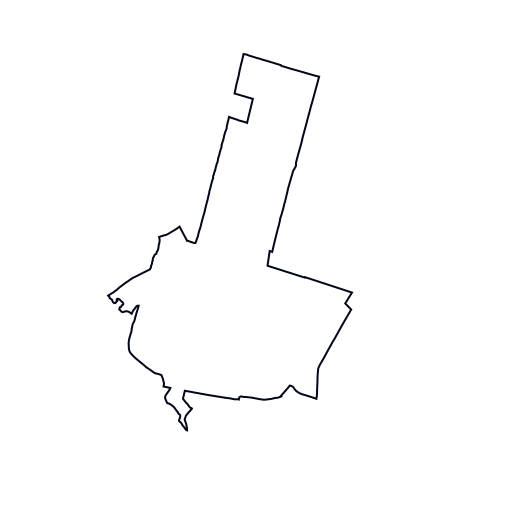 Soparlita, Olt, Romania, rotated 39°
{"feature_id": "2599482B59738251160251", "entity_name": "Soparlita", "entity_type": "district", "adm_level": 2, "iso_a3": "ROU", "parent_name": "Romania", "parent_adm1": "Olt", "projection": "equal_earth", "projection_center": [24.267, 44.29], "detail": "fine", "context": "isolated", "style": "outline", "palette": "ink", "viewbox_px": 512, "rotation_deg": 39, "n_neighbors": 0, "source": "geoboundaries", "source_scale": "gbopen_adm2", "svg_char_len": 6154}
<svg xmlns="http://www.w3.org/2000/svg" viewBox="0 0 512 512"><g transform="rotate(39 256 256)"><path d="M369.3,271.8L366.2,254.1L363.9,239.2L363.7,237.7L355.2,236.7L353.6,224.0L308.7,241.1L307.3,241.7L307.5,242.1L271.4,256.2L271.1,256.3L270.8,255.9L269.6,253.8L263.5,243.5L266.0,242.6L265.2,240.9L262.5,235.4L258.7,227.3L255.3,219.9L255.1,219.3L254.6,218.1L252.9,214.7L252.0,212.8L251.4,212.1L249.7,207.6L247.2,201.7L246.4,200.1L245.5,198.3L244.6,196.2L244.3,195.4L239.9,186.2L238.6,183.7L231.4,166.7L231.1,165.6L231.2,165.4L231.1,164.7L230.6,161.9L230.1,160.3L229.8,160.0L229.3,159.7L228.3,158.3L228.2,158.0L225.9,152.9L222.3,144.6L220.5,140.4L219.0,137.2L218.9,136.7L218.6,136.6L216.8,132.6L215.8,130.3L211.9,121.5L209.9,117.2L207.5,111.7L204.5,105.1L204.0,103.9L202.2,99.6L192.2,76.9L188.4,78.7L166.7,87.9L165.7,88.4L162.3,89.7L156.1,92.3L155.3,92.0L140.0,98.2L138.6,98.9L136.8,99.6L135.1,100.2L131.3,101.9L128.9,102.8L125.0,104.4L123.0,105.1L122.3,105.2L119.2,106.9L119.9,108.2L121.0,110.5L122.8,114.2L123.8,116.6L125.9,120.7L126.5,122.1L129.1,126.9L129.9,128.6L130.6,130.1L131.0,131.2L131.5,131.9L131.7,132.4L131.8,132.7L131.9,133.1L137.1,143.2L154.7,135.9L165.3,158.2L164.1,158.5L162.2,159.3L159.9,160.3L157.2,161.5L155.8,161.8L154.5,162.4L153.3,162.8L151.2,163.6L150.4,163.9L148.4,164.6L147.5,164.8L147.9,165.7L148.5,166.8L149.7,169.5L150.5,171.1L151.0,172.1L151.3,172.8L151.8,173.8L152.9,175.3L153.1,175.9L153.2,176.5L153.6,177.5L153.9,178.6L154.5,180.1L155.1,181.4L155.6,182.7L156.0,183.4L156.2,183.9L156.5,184.4L156.8,184.8L157.1,185.5L157.3,186.2L157.7,186.7L157.8,187.2L157.9,187.7L158.4,188.9L158.8,189.8L159.1,190.4L159.3,191.1L159.5,191.6L159.8,192.1L160.3,192.5L160.6,193.1L161.0,193.7L161.1,194.3L161.3,194.9L161.7,195.9L162.8,198.5L163.4,199.8L163.8,200.5L164.2,201.5L164.5,202.5L165.2,204.1L166.3,205.9L166.7,206.7L167.0,207.4L167.2,208.1L167.4,208.8L167.7,209.6L168.0,210.3L168.4,211.2L168.8,212.0L169.0,212.7L169.4,213.2L169.7,213.9L170.0,214.5L170.2,215.0L170.7,216.2L170.8,216.8L171.3,218.0L171.7,218.6L172.0,219.3L172.3,220.6L172.7,221.4L173.0,221.8L173.5,222.1L174.0,223.1L174.2,224.2L175.1,226.2L176.3,228.9L177.2,230.9L178.0,232.4L178.4,233.4L178.7,234.4L179.2,235.2L179.8,236.2L180.4,237.4L181.1,239.0L181.8,240.4L183.1,243.0L183.7,244.3L184.2,245.6L184.8,246.8L185.5,248.5L186.2,249.7L186.4,250.2L186.6,250.8L187.6,252.7L188.1,253.8L189.1,256.0L190.3,258.9L191.0,260.6L191.7,262.2L192.6,264.1L194.6,268.4L195.3,270.1L195.7,271.2L196.2,272.7L196.6,273.5L196.9,274.2L197.5,275.3L197.9,276.3L198.6,277.6L198.9,278.7L199.1,279.4L199.5,280.5L200.2,282.1L200.6,283.7L200.7,284.1L199.8,284.8L197.7,285.6L195.3,286.5L194.0,286.9L193.3,287.1L192.9,287.6L189.2,286.0L178.1,281.3L177.2,284.7L176.2,287.7L175.6,289.2L174.8,291.5L174.4,292.6L173.8,294.2L173.3,295.2L172.9,296.0L172.6,296.6L172.0,297.2L168.7,302.2L170.0,303.3L170.7,303.8L171.4,304.7L172.0,305.5L172.5,306.6L172.9,307.1L173.1,307.7L173.3,308.3L173.7,308.9L174.2,309.8L174.8,310.6L175.2,311.4L175.6,312.1L176.0,313.1L176.1,313.9L176.3,314.6L176.3,315.2L176.5,315.8L176.9,316.5L177.1,317.0L176.9,317.7L176.6,318.5L176.5,319.2L176.8,319.9L177.3,322.6L178.1,323.9L178.8,324.9L179.0,325.8L179.4,326.6L179.9,327.3L180.3,328.5L180.7,329.7L181.1,330.5L181.6,331.2L181.8,331.9L181.8,332.7L182.0,333.1L181.3,334.7L178.7,340.4L175.7,347.1L174.8,349.0L173.8,351.2L173.1,353.5L172.6,355.6L171.5,359.0L170.5,363.0L169.7,366.0L169.3,368.6L169.2,369.8L168.6,371.6L168.1,374.0L167.2,376.2L166.8,377.7L166.0,379.8L168.1,380.2L169.0,380.8L171.5,380.6L172.7,381.3L173.8,381.8L175.0,381.9L175.9,381.5L176.4,380.8L176.2,379.5L176.5,378.0L175.4,377.9L175.1,377.6L175.0,377.0L175.2,376.4L175.8,376.0L176.7,375.7L177.9,375.6L179.9,376.0L181.5,375.9L182.8,376.5L183.3,377.3L182.7,379.1L183.2,380.1L183.0,381.0L182.4,381.6L183.4,383.6L184.7,383.6L185.5,383.8L186.7,383.9L187.8,383.5L189.0,381.7L190.2,380.3L192.0,379.5L194.0,379.2L195.7,379.2L195.0,376.3L194.9,374.9L194.8,370.1L195.3,369.0L196.1,368.5L197.2,370.9L198.1,373.2L199.0,375.6L199.7,377.0L200.4,378.8L201.4,381.0L202.3,382.9L202.8,384.9L202.8,385.6L203.1,386.8L203.5,387.4L204.0,388.4L204.8,389.8L205.4,391.1L206.3,392.4L206.9,393.5L207.2,394.5L209.0,398.8L209.8,400.5L210.9,402.4L211.7,403.7L212.6,404.7L214.9,407.3L216.2,408.6L217.5,409.5L218.9,410.2L220.6,410.5L223.3,411.0L228.2,411.3L233.3,411.3L236.9,411.3L240.7,411.5L244.8,411.1L248.1,410.9L249.9,410.9L251.1,410.6L252.5,410.2L253.9,409.3L255.6,408.7L257.4,408.1L260.9,410.0L264.8,413.0L266.3,415.6L272.5,412.4L272.9,414.0L273.1,415.7L273.2,417.5L273.4,419.8L273.5,421.3L274.5,423.4L275.2,423.9L276.4,424.6L278.4,425.6L279.2,426.1L280.0,426.0L280.4,425.9L281.2,425.4L284.1,425.0L287.2,425.0L292.4,426.4L293.3,426.5L294.5,427.1L295.5,427.3L296.6,427.2L297.2,427.4L297.7,427.8L298.4,428.9L299.1,430.6L299.4,431.7L299.7,432.3L300.2,432.7L301.7,432.7L302.7,432.8L304.3,433.3L305.7,433.9L306.7,434.0L310.2,434.9L311.0,435.1L311.8,435.1L312.2,434.9L311.4,433.9L309.6,432.3L307.3,430.4L305.4,429.2L304.0,428.5L303.2,427.5L302.6,425.6L302.1,424.3L302.0,421.1L302.3,415.6L302.1,414.8L301.5,414.8L300.4,415.3L297.9,414.8L295.8,414.1L294.3,414.1L289.9,413.1L289.1,412.9L285.5,405.5L286.5,405.0L291.1,402.4L294.4,400.7L295.5,400.0L300.2,397.5L302.2,396.4L302.3,396.2L303.1,395.9L305.3,394.7L317.7,387.6L322.2,385.0L325.3,383.0L327.6,381.9L329.6,380.8L330.9,379.8L331.3,379.3L332.2,378.7L333.0,378.3L332.4,377.5L332.0,376.2L332.4,375.1L332.8,374.4L334.5,373.7L337.1,371.8L341.9,368.7L344.3,367.4L348.5,365.2L352.7,362.7L357.4,357.9L358.2,356.9L359.2,355.6L359.9,354.7L360.4,354.1L362.1,352.4L362.5,351.9L362.8,351.3L363.8,349.7L364.1,349.1L363.4,348.9L363.7,342.4L363.8,339.6L363.8,337.4L363.8,335.4L364.5,335.0L365.8,334.6L367.1,334.4L367.8,334.5L368.7,334.9L370.2,335.3L371.7,335.5L372.8,335.6L375.5,335.3L376.9,335.0L378.3,334.6L380.3,333.8L382.4,332.9L387.0,331.1L391.8,329.3L392.8,329.0L392.7,328.8L391.3,326.4L390.0,324.5L387.3,321.0L385.0,317.9L383.0,315.2L380.6,312.1L378.1,308.7L375.3,304.5L374.9,303.5L374.5,302.0L374.0,299.7L373.7,297.4L372.9,292.8L372.5,290.4L371.8,286.8L371.1,282.8L369.5,273.9L369.4,273.0L369.3,271.8Z" fill="none" stroke="#020617" stroke-width="2"/></g></svg>